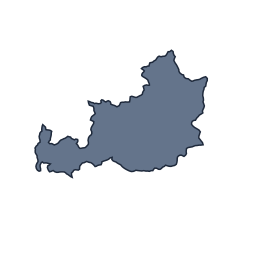 the district of Machado, Minas Gerais, Brazil, rotated 127°
{"feature_id": "56859067B17778332450588", "entity_name": "Machado", "entity_type": "district", "adm_level": 2, "iso_a3": "BRA", "parent_name": "Brazil", "parent_adm1": "Minas Gerais", "projection": "robinson", "projection_center": [-45.896, -21.677], "detail": "fine", "context": "isolated", "style": "filled", "palette": "slate", "viewbox_px": 256, "rotation_deg": 127, "n_neighbors": 0, "source": "geoboundaries", "source_scale": "gbopen_adm2", "svg_char_len": 4647}
<svg xmlns="http://www.w3.org/2000/svg" viewBox="0 0 256 256"><g transform="rotate(127 128 128)"><path d="M96.2,57.9L94.8,59.8L94.3,61.9L93.9,63.2L93.4,65.4L91.7,66.6L90.2,67.0L89.1,67.5L87.6,67.9L86.9,70.1L87.1,72.0L87.3,73.7L87.5,75.2L87.3,77.8L86.8,79.5L85.4,80.4L83.9,80.7L82.2,79.9L81.2,78.8L79.9,79.0L78.1,79.1L76.6,78.8L74.8,78.8L72.9,78.0L70.9,77.3L69.7,78.8L68.2,79.2L66.2,79.6L64.4,80.3L63.2,82.0L62.0,83.8L60.3,84.5L58.6,86.0L57.3,87.7L55.8,88.7L54.8,89.3L53.3,90.1L51.5,90.6L49.7,91.6L47.8,91.1L46.0,92.1L44.3,92.9L42.5,93.2L40.7,94.5L40.3,96.8L42.1,98.2L43.4,98.9L44.6,99.5L45.9,100.0L47.0,100.9L48.3,102.2L49.9,103.6L51.2,104.3L52.3,105.2L52.5,107.5L52.4,109.4L53.1,110.6L53.7,111.9L53.5,113.9L52.2,115.6L52.9,117.2L52.8,119.8L52.1,121.4L50.7,122.7L49.7,124.6L48.9,126.2L48.3,127.6L47.6,129.8L46.4,132.1L44.5,132.8L42.6,133.2L42.3,134.8L41.3,136.5L39.8,138.0L39.8,140.1L41.9,140.6L42.9,141.9L45.5,141.5L47.4,141.4L48.7,142.0L49.7,143.3L50.7,144.0L51.5,145.1L51.9,146.4L53.5,147.0L55.3,146.9L57.1,146.8L58.8,147.6L60.8,148.0L61.8,149.0L62.9,149.8L64.4,149.2L65.9,148.6L66.8,149.6L68.2,150.3L69.2,151.8L71.0,152.8L72.5,153.0L72.4,150.7L72.6,149.3L74.0,149.2L75.3,149.5L76.7,149.3L77.9,148.5L78.0,146.9L77.8,145.4L77.6,143.1L77.7,141.1L78.5,140.0L79.2,138.9L79.9,137.5L80.9,136.7L81.8,137.7L82.4,139.1L83.9,140.3L85.6,141.0L86.6,139.6L87.9,138.0L89.8,137.9L91.2,137.5L92.4,136.9L93.7,137.2L95.1,138.0L96.8,138.8L98.2,139.4L99.1,140.5L99.7,142.3L100.4,144.1L101.7,145.0L103.1,144.2L104.3,143.4L106.2,142.5L107.7,144.1L108.8,145.9L109.9,146.8L111.0,148.3L112.2,149.2L113.7,148.8L115.4,148.5L117.7,149.6L118.1,152.2L118.8,154.1L119.3,156.0L118.4,156.9L117.7,158.2L118.1,160.2L119.2,160.9L120.5,161.3L120.9,162.8L120.7,164.2L121.2,165.9L122.6,166.1L123.7,164.7L125.1,164.9L126.4,166.1L127.5,168.5L128.7,169.5L128.8,171.0L129.7,172.8L130.0,174.5L130.5,175.9L131.8,174.5L133.0,172.6L132.3,170.6L131.6,168.8L132.9,167.0L134.7,165.6L135.4,164.1L136.3,162.8L138.1,163.1L139.4,163.5L140.8,163.8L142.3,163.5L144.2,162.8L143.8,160.9L143.5,159.2L145.2,158.1L147.3,157.9L148.8,157.7L150.3,157.4L151.8,156.6L152.7,154.8L154.2,153.6L155.6,153.3L157.5,153.8L159.3,153.7L160.7,153.1L162.0,152.4L163.1,151.1L164.8,149.9L166.0,149.9L167.6,150.1L169.2,150.3L170.2,151.1L171.2,152.2L172.3,153.1L173.2,154.1L173.0,155.7L171.9,157.9L171.6,159.8L170.0,159.8L168.5,160.2L167.5,161.3L168.2,163.0L169.7,163.7L170.4,166.9L169.8,168.4L170.4,169.6L170.9,171.1L172.5,171.5L174.0,172.0L175.1,172.8L176.4,173.4L178.1,174.4L179.9,174.7L181.7,174.6L183.9,175.4L185.9,176.7L186.3,179.5L187.6,181.0L187.4,182.8L185.9,183.1L184.4,182.8L182.9,183.8L181.4,184.4L179.7,185.2L178.0,186.4L176.6,186.9L176.6,188.4L177.2,189.9L178.0,191.2L178.7,192.5L177.9,193.5L177.0,194.4L176.8,196.2L176.6,198.1L178.1,197.7L180.0,196.7L181.2,195.9L182.3,194.9L183.6,195.3L185.1,195.3L186.4,194.6L188.2,193.9L189.7,192.4L190.6,191.0L192.3,189.7L194.5,190.5L195.9,190.0L197.6,190.4L200.0,190.2L200.8,189.1L202.1,188.4L203.5,187.2L204.2,185.6L204.8,184.0L206.3,182.8L207.4,181.1L208.8,179.7L211.4,179.4L212.8,179.0L214.2,178.3L215.5,176.8L216.2,174.9L216.0,173.0L214.7,172.1L213.2,173.2L211.9,174.8L210.5,175.9L209.2,176.2L208.0,176.4L206.7,176.0L206.7,174.2L205.6,173.0L204.8,171.8L204.3,170.4L203.4,168.4L205.1,168.6L206.5,169.3L208.1,168.6L208.9,167.4L209.7,166.0L210.2,164.3L209.0,163.3L207.0,162.2L207.0,160.1L206.4,158.4L205.5,157.2L204.1,156.0L202.7,154.3L201.5,152.5L201.3,151.0L201.6,149.5L201.3,148.0L201.3,146.4L201.3,144.4L201.0,142.9L199.5,144.8L197.9,146.1L196.2,145.7L194.5,145.9L193.1,145.1L192.4,143.9L191.5,142.3L190.0,141.9L189.0,142.7L187.3,143.6L185.1,143.5L183.4,143.4L182.2,142.2L181.0,141.6L179.6,140.9L178.9,138.5L178.0,136.8L177.9,134.8L178.2,132.6L178.6,131.1L177.5,130.2L176.3,129.8L175.1,128.9L173.5,127.4L171.9,127.8L170.7,128.5L169.0,127.5L167.5,126.4L165.7,125.2L164.3,124.6L162.5,124.2L161.0,123.0L162.8,122.0L163.2,120.4L163.0,119.0L162.4,117.2L162.4,115.5L162.2,113.9L161.8,111.7L162.3,109.5L162.4,107.8L162.3,105.8L162.1,104.3L161.8,102.7L161.5,101.2L160.8,99.2L159.6,97.8L158.3,96.9L157.0,96.3L156.0,94.4L154.9,92.6L154.0,91.1L152.6,89.8L151.6,87.7L150.6,86.5L149.7,84.8L148.2,83.9L147.1,82.5L145.4,82.7L144.0,82.5L142.9,80.9L142.6,78.8L141.7,77.5L140.3,77.0L138.5,76.8L136.8,75.9L135.1,75.6L134.5,73.8L133.8,72.1L132.8,70.6L131.2,69.4L129.8,68.2L127.9,67.6L126.2,68.2L124.5,69.1L122.8,70.3L121.4,71.0L119.9,70.9L118.4,70.1L117.5,68.9L117.0,66.2L115.0,65.7L113.3,65.9L112.0,67.2L110.8,68.0L109.2,68.9L107.7,68.4L106.3,67.2L104.4,65.4L102.7,64.4L101.6,63.7L100.3,62.2L98.9,60.9L97.8,59.5L96.2,57.9Z" fill="#64748b" stroke="#1e293b" stroke-width="1.5"/></g></svg>